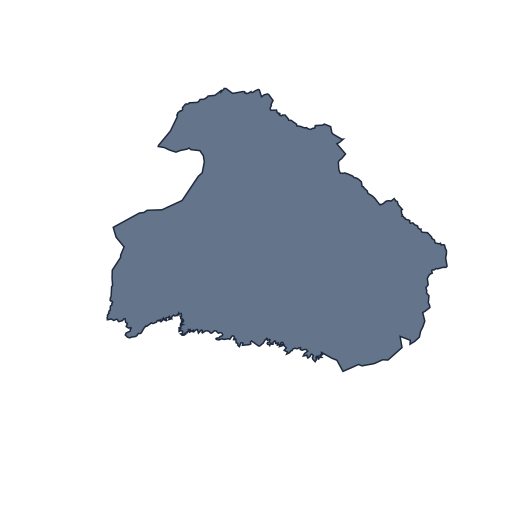 Tlatlaya, México, Mexico (Natural Earth projection), rotated 53°
{"feature_id": "50627088B20877208708559", "entity_name": "Tlatlaya", "entity_type": "district", "adm_level": 2, "iso_a3": "MEX", "parent_name": "Mexico", "parent_adm1": "México", "projection": "natural_earth1", "projection_center": [-100.235, 18.522], "detail": "fine", "context": "isolated", "style": "filled", "palette": "slate", "viewbox_px": 512, "rotation_deg": 53, "n_neighbors": 0, "source": "geoboundaries", "source_scale": "gbopen_adm2", "svg_char_len": 6149}
<svg xmlns="http://www.w3.org/2000/svg" viewBox="0 0 512 512"><g transform="rotate(53 256 256)"><path d="M112.1,176.8L104.1,179.2L103.0,180.7L103.6,181.6L103.6,183.6L104.1,185.2L102.9,184.4L103.0,192.1L99.4,198.0L99.8,199.4L99.6,203.0L97.3,206.5L98.2,208.9L98.0,210.4L93.6,216.9L93.6,219.1L92.4,220.5L92.3,221.1L93.3,225.5L94.8,226.3L95.1,227.3L95.1,228.7L94.5,229.1L94.6,232.2L95.9,234.4L96.2,234.2L97.5,235.2L104.7,249.2L109.0,267.3L109.7,268.2L114.3,263.9L119.2,261.4L124.9,257.4L126.2,252.9L129.1,246.9L129.6,244.4L131.9,244.0L138.1,237.4L144.2,237.7L149.7,240.6L157.2,248.9L157.6,254.0L167.2,281.6L162.5,303.3L154.0,315.4L153.8,319.3L151.5,323.3L147.2,352.8L156.8,356.4L169.4,355.9L173.8,363.5L175.7,365.1L180.8,379.3L187.1,384.3L193.3,388.3L193.6,389.8L201.2,396.1L201.7,397.4L203.6,399.2L204.6,399.1L205.0,398.2L206.9,398.5L207.0,399.5L208.4,400.8L208.4,402.5L211.7,405.2L211.4,406.1L212.6,407.9L213.3,408.0L213.8,410.2L215.2,411.0L215.5,411.9L217.5,413.1L219.2,409.5L221.9,408.4L222.5,405.6L223.4,404.9L225.6,405.3L226.1,404.7L227.3,401.4L226.7,399.7L227.2,398.3L230.5,400.0L232.5,399.3L234.2,402.1L236.8,401.2L237.9,399.0L238.6,399.1L238.9,400.6L240.1,401.3L240.2,402.5L239.6,404.4L239.4,406.3L240.4,407.9L243.4,407.5L245.3,406.2L246.0,404.0L247.9,400.4L247.8,398.7L247.1,396.7L248.2,395.2L248.4,394.0L246.3,389.1L245.6,386.0L246.4,385.6L246.5,379.7L247.5,379.4L248.2,378.2L248.9,375.4L248.3,373.8L248.4,373.0L249.1,372.9L249.3,371.1L250.0,371.8L250.5,371.1L251.2,371.5L251.4,371.0L250.9,369.4L251.2,369.0L251.0,368.6L250.1,368.8L250.3,367.9L249.9,367.3L252.5,367.4L253.7,366.6L253.5,365.9L251.4,365.6L251.3,365.0L252.4,363.0L252.0,362.6L252.1,361.6L253.7,362.6L254.3,363.9L254.9,362.3L254.4,361.4L255.5,361.1L254.9,360.6L254.1,361.1L253.7,358.7L253.8,357.1L255.0,356.9L255.6,355.8L255.6,353.4L256.3,353.8L256.1,352.7L255.1,351.9L256.4,351.8L257.0,350.3L259.1,351.6L258.4,352.7L259.4,352.7L260.2,353.6L260.7,353.7L261.3,352.8L262.8,352.6L262.6,353.4L263.2,353.0L263.2,354.0L264.7,352.5L263.7,354.6L263.9,355.0L264.6,354.6L264.4,355.9L264.8,357.2L265.6,357.8L265.6,356.2L266.8,355.5L266.3,356.7L267.4,358.5L267.0,360.7L267.9,360.8L268.6,360.3L268.2,361.5L269.4,361.7L269.4,362.5L270.0,362.9L270.4,360.8L271.9,359.9L273.5,361.1L272.9,362.9L274.1,362.2L274.1,362.8L274.9,362.7L276.0,360.8L276.0,360.4L275.5,360.4L275.9,359.1L275.1,359.1L275.9,356.9L275.2,356.6L275.4,355.6L274.5,355.4L274.9,355.4L275.1,354.6L273.5,354.1L274.6,353.9L274.8,353.5L275.0,354.1L275.9,354.1L275.9,353.1L276.7,353.1L277.0,355.6L276.9,352.9L277.4,352.5L277.5,351.1L278.2,352.0L278.6,351.1L279.3,352.0L278.9,349.7L279.1,347.3L279.6,347.0L282.9,348.4L282.2,344.5L282.5,343.8L283.5,343.8L284.4,345.1L285.2,345.1L285.5,341.0L287.6,339.0L290.5,338.5L290.9,337.6L290.8,334.1L291.5,333.1L295.0,332.5L295.8,330.4L297.0,329.7L298.7,329.9L299.4,330.9L298.7,333.0L299.0,335.1L297.8,337.1L298.0,337.8L298.7,337.9L300.8,336.0L301.4,333.4L303.5,331.6L305.4,327.9L306.8,327.1L305.5,323.3L306.0,322.2L307.0,322.0L308.1,322.4L309.3,324.3L309.8,323.9L309.5,322.5L310.4,322.2L313.3,324.1L314.8,323.2L316.6,324.3L318.4,323.8L316.3,320.5L316.4,319.8L317.7,318.9L319.1,320.6L322.7,314.8L323.1,313.0L321.3,312.1L321.2,310.7L329.4,308.1L330.1,307.2L329.9,302.5L328.8,300.1L328.2,296.9L328.9,296.7L329.6,297.6L330.4,297.6L330.7,295.4L331.5,295.2L332.7,297.2L332.1,298.9L332.4,299.6L333.5,299.9L334.8,298.8L335.8,298.9L334.5,296.6L335.0,296.2L336.0,296.5L336.7,295.5L335.3,294.4L335.1,292.1L335.6,291.7L337.6,293.0L338.7,290.8L339.7,292.7L340.4,292.3L340.4,291.2L341.3,290.2L342.5,291.8L343.7,288.4L342.7,287.9L341.0,289.7L340.3,288.0L340.6,287.1L341.5,286.7L344.9,287.4L347.5,287.1L348.3,290.3L351.7,288.6L352.8,290.5L353.4,287.4L352.7,285.1L353.3,284.2L352.5,282.8L353.1,280.4L354.8,279.1L355.7,275.8L356.3,275.7L357.3,276.9L359.0,275.9L359.8,273.7L360.8,272.2L363.1,272.0L363.1,275.9L364.3,278.4L365.9,275.1L368.5,276.1L368.8,275.7L368.7,273.3L367.7,271.3L367.9,270.5L370.2,270.2L371.0,272.1L372.5,272.7L376.0,272.4L375.1,270.1L373.0,269.1L372.6,268.1L373.4,266.7L374.1,268.0L375.9,268.3L376.0,267.7L375.0,266.6L376.5,264.5L374.7,264.9L374.0,264.6L373.8,264.0L374.7,263.3L374.7,262.0L373.3,262.3L372.4,261.7L383.2,257.0L388.0,254.1L400.5,256.0L404.4,239.3L407.5,237.5L413.1,226.3L415.1,217.3L418.5,213.2L417.0,194.5L406.9,189.3L416.1,183.5L419.2,186.1L419.7,180.5L419.1,174.3L415.3,170.0L412.9,165.2L409.6,160.4L401.5,156.9L401.9,154.3L401.8,148.1L399.9,147.1L397.0,146.5L391.9,141.8L388.2,142.1L386.4,140.4L383.6,139.5L382.6,135.8L376.9,132.6L375.4,129.0L375.3,127.4L375.8,125.6L373.5,124.5L373.2,123.7L374.3,122.1L374.4,119.7L375.6,118.7L377.5,113.7L379.4,111.1L379.1,109.5L371.5,105.6L369.1,102.8L366.3,100.6L363.8,100.2L360.9,98.9L360.1,99.1L358.6,101.5L356.8,101.0L356.4,102.5L353.3,105.1L350.7,103.9L347.6,105.0L346.7,104.3L340.5,105.0L337.1,109.0L335.0,109.0L333.8,108.0L333.3,109.1L330.8,109.7L329.5,108.9L328.8,109.0L326.6,110.5L324.0,110.7L322.7,113.1L320.9,112.7L320.5,111.9L319.4,112.2L316.6,114.5L315.5,114.1L314.2,114.8L313.1,114.5L311.9,115.5L311.2,114.3L309.8,114.2L306.8,112.3L306.9,111.1L300.7,111.6L297.5,110.4L296.0,111.3L293.3,111.0L293.4,115.0L291.8,116.6L290.5,119.0L290.7,123.1L290.3,124.9L289.7,125.5L289.8,126.3L281.4,126.4L277.9,127.0L273.4,128.9L270.9,128.0L266.7,128.8L265.6,128.5L264.3,129.4L260.2,127.2L256.9,127.8L254.6,128.6L252.3,130.5L250.3,130.7L245.4,133.5L243.1,135.1L242.3,136.8L240.5,138.9L236.6,137.7L230.4,133.6L229.7,131.2L229.8,129.1L228.4,123.1L215.0,123.9L215.5,121.4L215.2,116.0L214.4,117.2L205.3,121.0L203.4,121.3L197.6,118.5L191.7,122.1L191.6,124.1L187.5,130.1L189.2,132.2L188.0,134.2L187.9,136.1L185.6,138.0L184.0,138.3L182.7,140.3L179.2,142.5L176.6,145.1L175.1,144.3L168.8,146.3L167.2,148.2L165.8,147.7L161.0,147.9L159.3,150.1L159.5,151.1L158.0,152.3L156.8,152.3L157.1,151.7L156.5,151.2L154.4,152.8L151.8,151.8L148.6,156.4L146.6,156.0L145.0,153.1L144.0,152.7L142.1,148.8L134.7,148.7L133.5,149.3L132.2,152.4L132.2,155.8L125.4,153.4L124.4,153.9L123.6,157.2L123.4,160.4L122.4,161.2L121.7,161.0L121.4,164.1L120.5,166.0L119.7,165.9L119.0,166.8L118.0,166.2L116.9,167.3L112.1,176.8Z" fill="#64748b" stroke="#1e293b" stroke-width="1.5"/></g></svg>